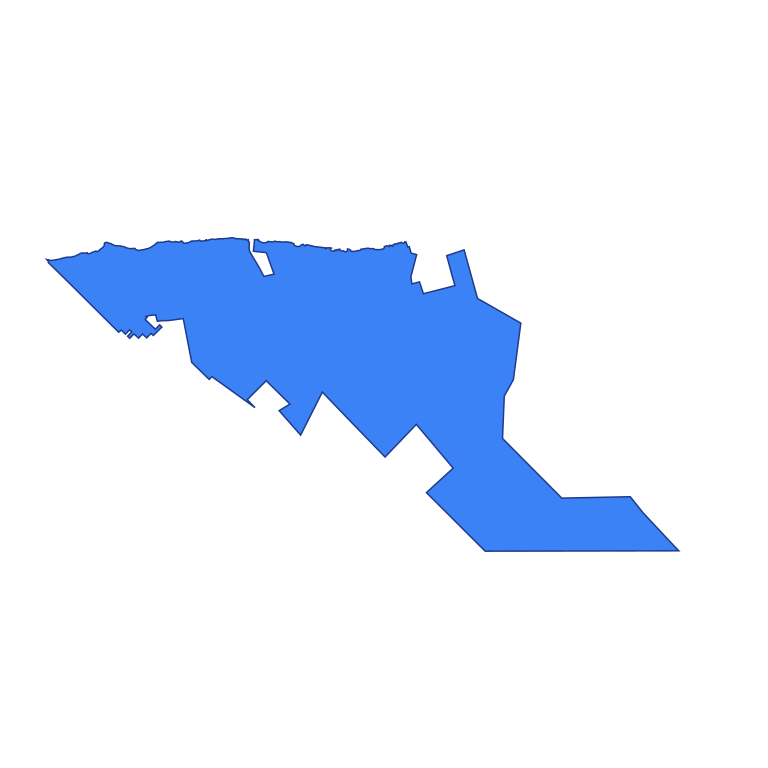 the district of Solidaridad, Quintana Roo, Mexico, rotated 225°
{"feature_id": "50627088B14293404548968", "entity_name": "Solidaridad", "entity_type": "district", "adm_level": 2, "iso_a3": "MEX", "parent_name": "Mexico", "parent_adm1": "Quintana Roo", "projection": "orthographic", "projection_center": [-87.149, 20.584], "detail": "fine", "context": "isolated", "style": "filled", "palette": "blue", "viewbox_px": 768, "rotation_deg": 225, "n_neighbors": 0, "source": "geoboundaries", "source_scale": "gbopen_adm2", "svg_char_len": 6037}
<svg xmlns="http://www.w3.org/2000/svg" viewBox="0 0 768 768"><g transform="rotate(225 384 384)"><path d="M194.3,337.3L57.6,474.5L70.6,474.8L109.6,476.1L130.2,478.4L177.7,428.9L178.8,429.0L261.7,429.3L290.4,460.5L295.6,478.6L330.3,523.8L378.3,510.6L422.2,535.5L430.4,519.1L413.4,509.3L403.4,503.7L420.0,475.7L431.1,481.3L435.1,474.5L440.8,478.8L452.4,498.6L457.3,495.7L463.3,499.0L464.1,497.7L468.6,499.8L468.6,499.5L469.5,499.6L469.8,499.4L469.5,498.5L469.7,497.4L470.1,496.9L470.6,496.6L471.6,496.6L472.0,496.3L472.3,495.6L473.4,494.0L473.8,493.3L473.8,493.1L473.8,492.3L473.9,491.9L474.4,491.4L474.8,491.5L475.0,491.2L475.3,490.4L475.5,490.2L476.0,489.2L475.9,488.7L475.2,488.1L475.2,487.8L475.3,487.5L475.9,487.0L476.3,487.0L476.7,487.2L476.9,487.1L476.9,486.8L477.1,486.5L477.6,486.5L478.1,486.2L478.0,485.7L477.7,484.6L478.6,484.5L479.3,484.2L480.0,483.4L480.5,481.9L480.8,481.8L480.9,481.4L480.0,480.3L480.2,478.8L480.5,478.2L481.9,476.2L484.8,473.2L485.6,472.6L486.2,472.6L486.7,472.3L487.1,472.3L488.0,471.5L489.5,469.9L491.2,468.8L492.3,467.6L493.7,465.5L493.9,464.8L494.5,464.6L494.9,464.1L495.2,463.4L495.6,463.0L495.4,462.5L495.2,462.3L495.3,461.9L495.8,461.2L496.0,460.8L497.5,459.0L497.9,457.9L498.9,456.6L500.3,455.3L501.2,454.6L501.5,454.5L501.8,454.4L502.3,455.0L503.4,454.8L505.2,453.8L504.8,453.5L504.8,453.1L503.9,451.5L504.3,450.4L505.6,449.8L507.0,449.5L507.2,449.0L507.8,448.3L509.0,447.5L509.9,447.5L510.1,447.7L510.1,448.0L510.3,448.1L510.5,447.8L510.8,447.8L511.2,447.5L511.4,447.1L511.6,446.5L511.5,445.6L511.6,445.1L512.7,445.2L513.0,443.2L514.1,444.2L513.1,443.2L513.1,442.9L513.7,442.1L514.9,441.4L515.7,441.0L516.5,441.0L517.0,441.2L517.4,441.5L517.5,441.8L517.4,442.1L517.6,442.3L517.5,442.1L517.7,441.9L517.7,441.6L517.8,441.6L517.9,442.4L517.9,442.1L518.1,442.2L517.9,442.5L518.3,442.3L518.5,442.3L518.8,441.8L520.8,439.8L520.6,439.1L520.7,438.7L521.0,438.4L521.6,438.4L521.7,438.2L521.6,437.7L521.8,438.0L522.4,438.1L521.7,438.5L521.9,438.7L522.3,438.4L522.4,438.2L528.3,433.7L528.3,433.4L528.6,433.3L528.9,433.0L530.2,432.2L531.6,431.3L536.1,428.5L536.4,427.9L536.8,427.7L537.2,427.7L537.5,427.4L537.1,427.0L537.2,426.3L537.7,425.7L538.5,425.5L539.6,425.8L540.2,425.2L540.5,424.6L540.9,423.0L540.8,422.3L540.9,421.8L541.3,421.3L541.9,420.5L543.3,419.5L544.1,419.0L545.2,418.7L545.7,418.7L546.3,418.9L546.7,419.4L547.0,419.4L547.4,419.1L548.1,419.1L549.9,418.2L550.1,417.9L550.4,417.9L550.9,417.4L552.5,416.4L553.2,415.5L553.7,415.4L554.2,414.9L554.5,414.4L555.2,413.7L555.5,413.1L555.9,412.9L556.4,412.3L558.4,411.0L560.0,409.1L560.5,408.7L561.1,408.4L561.6,408.3L562.0,408.0L562.4,407.5L562.2,407.3L562.4,406.8L562.7,406.1L564.0,405.2L564.5,404.5L565.1,404.1L566.7,403.0L566.9,402.3L566.9,401.8L568.1,399.5L568.9,398.8L570.0,398.0L571.1,397.4L572.0,397.1L573.2,396.9L574.1,397.2L574.5,397.0L574.6,396.6L575.1,396.6L575.3,397.0L577.2,395.0L577.2,394.6L577.6,394.3L576.6,393.4L570.2,385.5L560.1,393.7L539.4,383.9L544.9,375.3L547.2,375.8L554.5,378.1L569.5,381.9L573.3,383.0L575.3,384.6L579.6,389.1L580.5,388.8L581.9,390.0L582.1,389.3L582.4,389.2L582.6,389.2L582.9,388.8L583.2,388.7L583.5,389.0L584.0,388.8L584.2,388.5L584.3,387.8L584.8,387.5L585.1,387.7L585.4,387.6L585.5,387.3L585.4,387.0L585.6,386.8L585.9,387.0L586.4,386.5L587.6,385.7L587.7,385.4L589.8,383.7L590.9,382.6L591.4,382.3L591.6,381.9L592.1,381.5L592.6,381.5L593.5,381.1L594.2,380.5L595.0,379.8L595.5,379.1L596.2,378.6L596.7,377.3L599.0,374.8L600.0,373.5L603.4,370.0L605.6,366.9L608.6,364.3L610.3,360.8L611.0,359.9L611.6,360.4L611.8,360.2L611.4,359.9L611.3,359.6L613.2,357.0L615.1,355.2L615.8,355.4L616.1,355.4L617.3,353.2L618.2,352.1L619.3,351.0L619.7,350.3L620.4,349.7L620.9,349.6L621.0,349.1L622.3,345.6L623.4,343.8L623.7,343.7L624.6,342.4L625.8,341.7L626.2,341.7L626.8,342.2L627.1,342.2L628.0,342.1L628.3,341.9L628.7,341.4L628.8,340.4L629.7,338.9L630.0,338.6L630.8,338.3L631.7,337.6L632.3,337.3L632.9,335.6L633.4,335.4L635.3,333.8L636.2,333.4L636.9,333.3L637.1,333.1L637.5,332.4L639.5,329.8L640.2,328.2L642.2,326.3L643.5,324.7L644.3,324.2L644.7,319.5L645.5,316.1L645.8,315.2L646.0,314.5L646.4,313.3L648.1,310.7L648.6,309.6L649.7,308.1L650.5,307.1L650.9,306.3L651.4,305.6L652.7,304.3L653.6,304.1L654.2,303.7L654.6,303.6L655.2,303.7L656.1,303.7L657.0,302.6L658.1,301.6L658.8,300.5L659.2,300.1L662.4,298.2L663.1,297.8L664.4,297.5L665.4,297.0L666.2,296.2L668.2,295.2L668.8,294.5L670.1,293.3L670.5,293.0L671.4,292.1L672.5,291.5L673.4,291.1L674.0,290.9L674.4,290.7L675.7,290.4L676.7,290.0L676.9,289.8L677.3,289.7L677.8,289.2L679.7,288.4L681.0,287.1L681.2,286.8L681.2,286.2L681.1,285.9L681.1,285.6L680.7,285.0L680.2,284.9L679.8,284.5L679.6,283.7L679.4,282.2L679.5,280.8L679.8,279.5L679.8,278.1L680.0,277.5L679.9,276.4L680.1,275.3L680.5,274.8L680.8,274.5L681.2,274.6L681.8,274.2L682.0,273.9L682.0,273.6L682.2,273.2L682.8,271.9L683.5,270.7L683.9,268.9L684.2,268.5L684.4,267.9L684.7,267.7L685.5,266.8L686.2,266.5L686.6,266.9L686.9,266.3L687.3,265.7L688.2,264.9L688.5,264.9L689.1,264.1L689.2,263.7L689.4,263.5L689.8,263.5L690.4,262.8L690.6,262.2L691.1,261.7L691.4,260.1L691.9,258.7L693.3,254.9L693.6,254.5L693.9,254.4L694.2,254.0L694.6,253.0L694.8,252.3L695.3,252.2L695.9,251.6L696.3,251.0L696.7,250.5L697.1,250.3L698.2,248.9L698.9,248.0L699.1,247.5L699.8,246.4L700.3,245.8L700.5,245.1L700.9,244.5L700.9,244.3L701.3,243.5L702.4,242.1L702.5,241.8L704.3,239.2L704.7,238.6L707.4,235.2L708.3,234.8L708.7,234.9L709.7,233.9L710.4,233.5L708.4,233.4L707.0,232.5L677.0,232.8L608.2,233.0L607.9,236.3L604.9,236.4L602.0,236.4L602.2,242.4L599.2,242.5L599.1,236.5L596.1,236.5L596.2,242.6L590.0,242.9L590.0,248.6L584.4,248.8L584.5,255.0L581.4,255.2L581.3,267.2L584.4,267.2L584.5,261.1L590.2,260.9L598.5,260.8L598.6,263.5L600.1,263.5L597.8,267.2L594.4,271.4L588.6,268.1L585.7,271.8L581.3,276.4L572.2,288.3L535.2,263.3L510.9,263.6L511.0,267.5L458.5,276.1L469.6,276.2L469.6,303.0L436.3,303.3L439.3,291.0L406.8,288.9L421.9,334.7L382.5,333.9L331.6,333.1L332.6,378.3L275.6,373.4L277.2,337.2L194.3,337.3Z" fill="#3b82f6" stroke="#1e3a8a" stroke-width="1.5"/></g></svg>